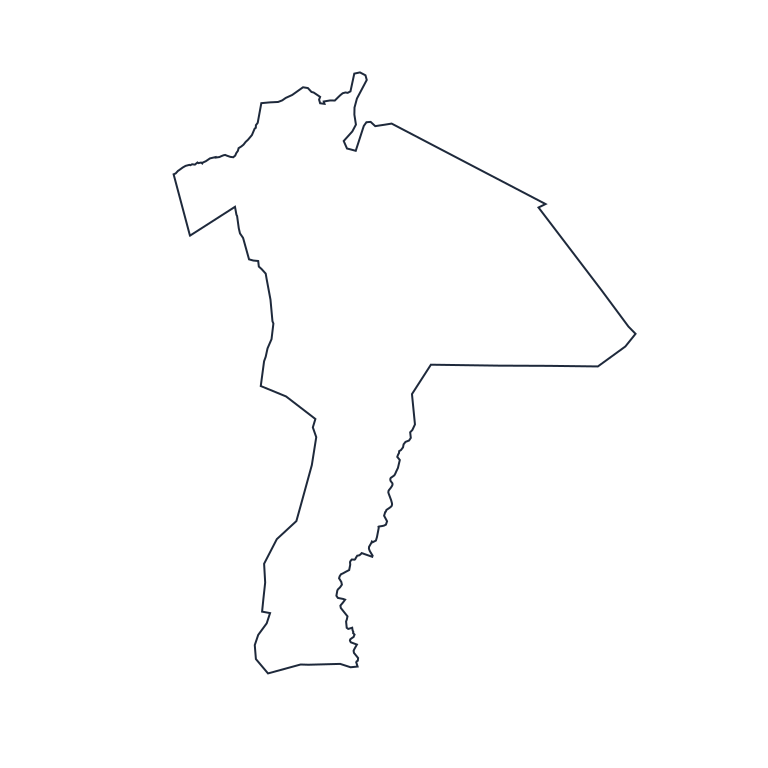 San Francisco Chindúa, Oaxaca, Mexico, rotated 279°
{"feature_id": "50627088B18479476628960", "entity_name": "San Francisco Chindúa", "entity_type": "district", "adm_level": 2, "iso_a3": "MEX", "parent_name": "Mexico", "parent_adm1": "Oaxaca", "projection": "orthographic", "projection_center": [-97.323, 17.415], "detail": "fine", "context": "isolated", "style": "outline", "palette": "slate", "viewbox_px": 768, "rotation_deg": 279, "n_neighbors": 0, "source": "geoboundaries", "source_scale": "gbopen_adm2", "svg_char_len": 3413}
<svg xmlns="http://www.w3.org/2000/svg" viewBox="0 0 768 768"><g transform="rotate(279 384 384)"><path d="M642.2,218.9L622.2,218.4L619.6,217.0L617.0,217.3L616.0,216.3L609.2,214.6L603.9,211.4L601.5,209.5L598.4,207.8L596.2,205.8L594.2,203.5L591.4,203.2L589.0,202.0L586.3,201.3L585.2,200.3L584.4,199.7L584.3,196.7L585.0,192.8L585.4,191.3L584.8,189.7L583.6,187.7L582.4,185.9L581.3,182.3L581.8,182.2L579.6,176.8L576.2,173.2L574.3,170.3L573.4,170.0L574.1,168.7L573.1,166.1L573.6,165.1L571.1,162.9L571.0,160.1L569.8,158.5L570.0,157.5L568.4,153.9L566.4,151.4L562.7,147.7L562.3,147.2L559.4,145.3L558.2,143.4L500.5,169.0L500.2,169.2L535.7,209.1L528.0,211.8L527.0,212.6L515.1,216.2L510.2,218.2L506.3,221.9L505.3,222.4L486.0,231.2L485.5,235.6L485.8,240.3L485.8,240.5L480.4,242.0L478.4,245.1L474.5,249.9L469.2,251.7L449.5,258.7L428.6,264.0L426.4,265.3L410.7,265.9L401.0,263.4L392.4,262.9L387.7,262.0L362.7,262.6L356.4,289.2L338.7,321.7L330.0,320.5L320.9,325.4L292.6,325.4L251.4,320.8L234.9,318.9L214.0,302.4L187.7,293.7L169.3,297.7L152.6,298.5L140.1,299.2L139.9,307.3L129.3,305.6L116.5,299.0L105.9,297.2L92.3,300.5L80.0,314.7L93.9,345.5L94.9,353.3L100.7,384.5L99.0,395.3L100.8,402.1L104.8,400.1L105.8,400.4L106.6,401.4L109.3,401.3L113.7,396.4L115.7,395.7L116.9,396.0L117.6,396.2L122.4,398.0L122.7,396.5L123.7,391.6L125.2,390.5L126.5,390.6L127.8,391.8L129.0,393.1L129.3,393.5L131.9,394.1L133.2,392.4L134.3,392.5L135.8,391.5L138.3,390.7L137.3,388.7L136.5,387.0L137.4,385.3L143.5,383.7L145.5,384.1L148.8,384.3L156.0,376.4L158.2,375.6L159.0,376.0L161.8,377.7L164.9,379.3L165.3,377.3L165.5,371.9L167.4,370.1L172.7,370.2L173.9,370.6L176.3,372.4L179.2,373.8L181.8,372.8L185.1,370.0L187.2,370.3L189.4,371.3L190.4,372.9L192.9,376.1L194.8,378.7L199.8,378.9L200.3,378.9L202.8,378.3L204.1,378.7L205.6,379.6L205.9,382.4L206.3,382.9L208.1,383.5L210.2,384.4L211.0,386.5L212.5,387.8L213.5,388.4L211.5,399.4L212.7,399.6L214.4,398.1L216.8,396.1L218.9,394.9L220.8,394.7L224.7,396.2L226.5,396.7L225.9,397.5L228.1,400.5L231.8,401.0L240.9,401.3L242.2,400.9L242.4,401.2L243.4,404.3L244.1,406.1L245.4,407.9L248.9,408.5L253.9,404.7L256.7,405.1L257.2,405.1L257.7,405.2L258.1,405.7L260.0,406.1L262.6,408.9L263.8,410.0L264.9,410.7L266.4,410.8L267.5,410.5L270.4,409.2L274.3,407.0L276.4,405.8L277.7,405.2L279.2,405.2L280.2,405.6L282.1,406.7L284.2,407.7L285.5,408.1L286.5,408.1L287.4,407.7L288.1,406.9L289.4,405.6L290.4,405.2L291.4,405.1L292.4,405.4L293.5,406.6L295.4,408.5L297.3,409.2L299.3,409.7L303.3,410.9L307.5,411.2L311.4,411.5L314.1,408.5L316.6,409.0L318.0,409.6L320.1,409.5L321.3,411.0L324.4,412.7L327.5,412.8L330.2,414.3L332.1,417.6L335.0,418.9L340.4,417.4L343.0,419.2L348.9,420.9L378.4,413.2L410.4,427.3L420.0,493.9L427.7,543.9L434.8,592.5L458.8,616.5L472.9,624.6L479.0,616.4L510.3,584.5L582.5,509.0L587.0,515.4L642.4,350.8L640.2,344.1L638.6,339.0L637.3,335.0L640.8,329.8L640.1,326.9L639.9,326.4L639.8,325.7L635.8,323.7L632.8,323.2L621.9,321.5L609.9,319.6L610.5,314.1L610.8,310.6L617.7,306.2L628.5,313.2L635.8,315.7L645.4,312.6L652.6,311.6L653.1,311.7L661.7,312.6L681.6,319.4L686.0,317.4L688.0,311.5L685.9,306.1L667.8,305.1L665.9,302.6L665.9,300.3L664.7,297.7L662.6,295.8L660.4,294.1L656.3,291.1L655.6,286.3L653.6,280.3L651.4,281.4L651.3,277.0L654.7,275.4L657.6,276.0L660.9,268.9L661.1,266.7L664.4,262.5L664.4,257.6L655.1,248.1L651.2,242.2L648.2,239.1L646.0,235.3L644.3,227.2L642.2,218.9Z" fill="none" stroke="#1e293b" stroke-width="2"/></g></svg>